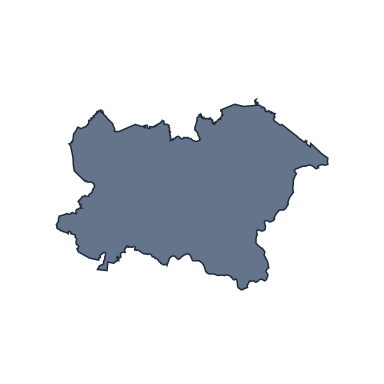 Venustiano Carranza, Puebla, Mexico, rotated 339°
{"feature_id": "50627088B90206204829893", "entity_name": "Venustiano Carranza", "entity_type": "district", "adm_level": 2, "iso_a3": "MEX", "parent_name": "Mexico", "parent_adm1": "Puebla", "projection": "robinson", "projection_center": [-97.693, 20.505], "detail": "fine", "context": "isolated", "style": "filled", "palette": "slate", "viewbox_px": 384, "rotation_deg": 339, "n_neighbors": 0, "source": "geoboundaries", "source_scale": "gbopen_adm2", "svg_char_len": 6024}
<svg xmlns="http://www.w3.org/2000/svg" viewBox="0 0 384 384"><g transform="rotate(339 192 192)"><path d="M142.3,251.6L147.3,245.7L150.1,244.7L152.8,245.5L154.3,249.0L155.0,250.0L156.8,249.8L159.0,248.8L162.1,248.0L166.4,248.2L167.6,250.3L167.9,256.1L168.8,256.8L173.9,258.7L175.8,261.5L176.8,265.1L176.3,271.4L177.6,273.7L179.3,275.0L183.2,276.3L184.9,278.2L187.1,279.5L190.4,280.3L192.4,281.7L194.9,281.8L197.6,284.2L199.2,288.6L199.9,289.2L201.8,289.1L202.2,290.0L202.2,291.1L200.8,296.6L200.9,297.8L202.7,300.8L204.8,301.4L206.3,300.9L209.6,301.0L210.2,298.6L211.0,298.3L213.6,295.8L214.1,296.3L217.5,296.9L219.2,299.2L221.5,298.9L223.1,298.1L225.7,298.2L227.9,300.9L228.8,301.0L230.3,300.2L233.0,297.0L233.2,295.8L232.5,292.9L232.9,292.1L234.3,291.0L236.5,290.2L237.6,283.8L236.7,276.8L238.6,273.9L237.2,269.4L236.6,269.2L234.6,265.7L233.4,262.7L235.4,257.6L237.6,255.3L238.0,252.2L238.7,251.5L239.9,250.8L241.7,252.5L243.9,253.7L246.1,253.6L247.1,252.8L248.4,250.0L248.5,246.5L249.9,245.2L251.2,245.3L252.3,246.0L253.8,247.9L257.0,247.9L258.7,247.4L259.5,246.6L259.0,245.7L263.4,242.1L265.5,241.2L266.2,240.4L269.0,240.7L270.6,241.6L272.3,241.5L274.7,240.1L276.8,238.1L277.3,238.2L277.8,236.3L279.5,233.8L282.2,231.3L286.7,228.6L286.9,226.5L287.7,224.0L289.4,221.0L290.9,217.2L293.9,214.0L296.1,212.3L295.0,208.8L296.7,207.8L304.8,207.7L306.9,208.6L310.4,208.7L312.6,209.6L314.6,211.8L315.3,213.6L316.3,214.8L318.8,214.7L318.6,213.2L321.9,212.7L324.0,213.4L325.4,214.5L327.2,214.9L328.8,214.8L329.4,211.9L331.0,209.1L327.0,203.1L320.2,189.2L318.7,192.4L316.0,188.0L317.4,185.8L316.5,184.6L314.9,185.9L310.4,179.1L310.4,178.4L300.1,161.2L298.1,161.1L294.5,155.3L294.0,153.6L294.9,152.8L295.3,151.7L295.8,152.1L296.2,151.7L296.3,149.7L297.7,148.6L296.0,147.8L295.8,146.7L294.3,146.7L294.1,146.3L294.5,145.7L293.5,145.6L293.5,144.3L292.5,143.5L290.5,144.0L290.3,143.9L290.5,143.5L289.4,143.0L289.4,142.5L290.1,141.9L289.7,139.2L288.1,138.5L288.6,138.2L287.4,137.5L286.8,135.8L283.7,133.8L283.8,132.9L284.9,133.4L285.6,132.7L284.8,131.4L283.3,131.0L283.5,130.1L285.1,128.6L283.8,128.8L283.0,130.1L283.1,134.1L270.7,130.6L263.4,125.4L250.0,125.7L249.7,126.1L248.4,125.7L247.9,126.7L248.8,128.2L248.7,128.9L247.8,130.1L248.5,131.3L248.4,131.5L246.9,131.6L245.0,133.1L244.9,134.5L244.4,134.5L244.1,133.4L243.6,133.4L241.3,134.4L241.0,135.0L239.8,135.2L239.5,135.6L239.0,135.1L238.1,135.8L237.9,135.1L237.6,135.1L237.4,136.9L236.5,136.5L236.4,134.9L235.8,134.9L236.8,132.8L236.2,132.8L236.5,131.6L236.3,130.9L235.3,129.8L234.8,130.4L234.4,130.2L235.0,129.3L233.4,129.6L232.1,128.5L231.0,128.8L230.3,127.9L229.8,128.1L229.4,127.4L229.6,126.8L228.9,127.2L228.7,126.5L228.0,126.7L227.7,126.3L228.1,125.6L227.6,125.0L228.0,124.7L228.6,125.4L228.0,123.8L228.3,123.1L227.6,123.2L227.6,122.3L226.9,122.8L226.1,122.6L226.5,123.9L223.7,124.2L220.8,129.3L217.6,133.1L217.7,134.1L216.8,134.9L218.4,138.3L218.1,142.0L218.7,143.7L218.1,144.7L218.3,145.3L218.0,145.8L218.3,146.1L217.2,146.6L214.1,146.4L213.0,145.8L212.0,144.5L211.1,144.1L210.1,141.8L208.5,141.0L208.0,139.9L207.4,139.8L207.0,139.3L205.5,139.2L204.1,138.1L202.2,139.2L201.7,138.6L201.0,138.3L199.4,135.4L198.6,134.9L196.8,135.0L195.5,136.0L193.5,135.3L192.8,136.7L191.7,135.8L190.3,136.3L191.5,133.8L192.0,131.5L191.6,131.0L192.2,129.8L192.0,129.4L193.2,128.7L193.3,127.7L192.3,126.8L193.2,125.9L194.1,124.2L193.4,122.8L194.5,121.7L193.0,119.9L191.1,119.0L190.5,119.1L190.3,118.1L190.9,117.1L191.0,115.6L189.9,114.6L189.8,115.1L187.6,115.7L186.6,116.5L185.1,116.1L184.2,116.8L183.1,116.7L183.0,117.2L181.1,116.7L181.0,117.7L179.1,117.3L176.0,115.8L175.5,117.7L173.5,116.4L174.2,113.7L172.0,113.0L171.4,115.2L170.3,114.3L170.6,113.1L168.9,113.0L163.2,108.6L145.6,109.4L141.3,107.7L142.4,105.4L142.2,102.6L142.4,99.7L139.3,93.0L138.8,90.8L137.4,88.2L137.5,85.3L137.0,86.1L136.7,86.0L136.7,85.6L136.1,85.5L136.6,84.0L135.9,83.6L136.1,82.8L135.4,82.9L134.9,83.6L134.1,82.6L132.3,83.4L132.5,84.0L132.2,84.1L131.6,83.2L130.6,84.7L130.0,84.5L128.5,85.6L127.3,85.6L127.3,87.3L126.3,86.6L125.5,87.0L123.8,87.0L124.3,88.3L124.0,88.6L122.1,88.5L121.4,88.1L119.8,91.1L116.1,93.1L114.1,92.7L111.5,93.3L108.6,90.5L108.2,90.8L106.0,93.0L102.3,95.4L100.1,99.7L98.9,101.3L97.4,102.1L98.0,102.6L96.0,103.2L94.5,103.0L95.2,105.2L94.1,112.5L92.9,118.4L90.7,125.0L89.7,130.3L96.0,143.7L96.6,143.2L97.9,145.2L102.3,147.0L102.6,148.2L103.4,149.4L103.1,150.3L103.4,150.9L102.3,152.9L100.6,153.6L100.4,154.6L99.3,155.1L98.7,156.4L97.5,157.0L96.0,156.9L95.2,157.8L94.7,157.8L94.2,158.8L91.9,158.3L90.5,156.8L89.4,157.3L87.6,157.0L87.2,157.6L82.3,160.1L83.1,162.5L82.5,163.8L82.9,164.4L83.8,164.4L82.4,166.2L83.1,167.4L81.6,166.7L78.4,167.4L78.2,167.0L77.1,167.8L76.0,170.0L76.2,170.6L74.7,170.0L72.9,168.2L70.1,168.9L69.1,168.6L67.6,167.3L63.8,167.4L59.4,166.9L57.4,169.8L57.0,171.3L54.7,173.0L54.1,174.2L53.7,174.1L53.8,175.1L53.0,176.7L53.3,178.3L54.5,179.2L55.5,181.1L56.3,181.3L57.5,182.8L60.5,185.0L61.4,186.6L62.8,184.5L64.6,186.1L63.9,187.5L67.6,190.1L66.8,192.1L67.4,194.0L67.2,195.0L65.6,197.5L65.4,200.1L66.2,200.4L66.6,201.1L66.5,201.8L66.8,202.4L65.4,203.3L64.9,204.3L64.3,203.9L64.4,207.1L72.4,216.8L80.5,222.2L81.1,220.4L82.7,220.4L83.3,219.9L83.2,218.6L83.8,217.9L85.7,217.7L88.2,216.6L89.4,217.9L88.2,220.6L87.2,221.5L86.5,223.6L84.6,224.9L83.7,227.5L79.3,227.7L78.3,228.4L78.0,229.2L76.6,229.7L75.9,230.5L84.5,234.9L88.3,227.3L93.5,230.5L97.0,229.3L99.0,229.9L99.4,229.2L98.4,227.3L98.4,226.2L99.0,225.5L99.5,225.6L99.8,226.7L100.6,227.8L102.2,227.3L103.2,223.8L105.5,223.3L106.9,223.7L107.5,224.5L108.1,224.3L108.0,223.0L109.1,220.7L110.7,220.3L111.5,219.2L112.1,219.9L112.9,219.9L112.6,220.6L112.9,220.8L114.5,221.1L116.5,222.3L118.2,221.9L118.9,222.4L119.1,223.8L118.4,224.2L117.7,225.5L119.1,226.6L120.6,226.7L125.1,232.7L126.4,233.0L128.5,234.5L128.8,234.1L130.1,234.3L131.4,236.1L131.8,238.4L133.3,238.9L133.7,239.5L133.6,240.5L135.7,242.2L136.4,245.2L137.3,246.4L137.3,247.4L139.4,249.9L142.2,250.2L142.3,251.6Z" fill="#64748b" stroke="#1e293b" stroke-width="1.5"/></g></svg>